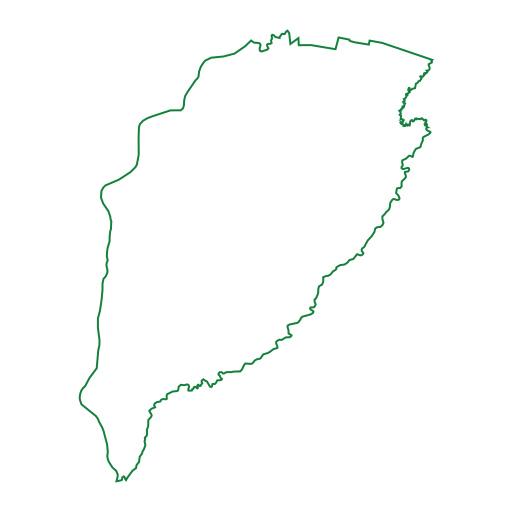 the district of Goya, Corrientes, Argentina
{"feature_id": "61730980B9171790116436", "entity_name": "Goya", "entity_type": "district", "adm_level": 2, "iso_a3": "ARG", "parent_name": "Argentina", "parent_adm1": "Corrientes", "projection": "orthographic", "projection_center": [-59.153, -29.535], "detail": "fine", "context": "isolated", "style": "outline", "palette": "green", "viewbox_px": 512, "rotation_deg": 0, "n_neighbors": 0, "source": "geoboundaries", "source_scale": "gbopen_adm2", "svg_char_len": 6001}
<svg xmlns="http://www.w3.org/2000/svg" viewBox="0 0 512 512"><path d="M427.7,127.3L426.6,126.5L427.0,124.6L426.7,124.1L426.1,125.5L425.0,125.3L424.7,124.7L424.6,124.1L425.3,123.5L425.5,121.9L426.1,121.7L426.5,120.8L426.3,120.1L425.5,119.7L423.9,120.2L421.9,118.3L421.4,118.3L420.6,119.2L417.1,118.7L416.6,119.3L416.1,119.3L415.9,118.5L415.2,118.6L413.6,121.3L412.9,121.4L412.0,120.1L411.3,120.2L410.2,121.4L409.7,125.4L409.2,125.5L408.1,124.5L407.3,124.6L407.2,125.5L406.5,125.2L406.0,124.0L404.9,126.1L403.7,125.9L404.2,125.1L401.2,123.8L400.3,122.4L400.6,122.0L402.5,122.7L403.5,120.6L403.0,120.7L402.7,119.4L401.0,119.5L401.5,119.0L400.7,118.2L401.1,115.7L399.7,114.8L400.8,113.5L400.4,112.1L400.7,110.8L399.6,111.1L399.3,110.7L401.5,109.6L401.3,109.0L402.2,108.5L402.5,106.5L403.2,106.4L403.7,107.1L404.2,106.1L403.9,105.7L405.1,103.4L403.4,102.7L403.2,101.7L404.5,101.2L404.7,100.4L403.9,99.0L405.3,98.3L406.0,97.3L406.6,96.1L406.0,94.9L406.2,93.9L406.7,93.8L406.6,95.1L407.1,95.3L407.6,94.9L407.4,93.7L409.8,92.1L409.8,91.5L409.1,91.8L408.8,91.4L408.2,89.8L408.8,88.0L409.4,87.9L409.6,88.6L409.1,88.9L409.2,89.4L409.8,89.9L410.4,89.6L411.0,89.9L412.3,88.8L415.0,88.2L415.9,83.7L417.5,82.9L418.6,81.2L420.0,80.9L420.8,79.3L421.4,78.9L421.4,78.1L420.3,76.5L420.9,76.2L422.8,76.7L425.1,74.0L424.0,73.8L424.3,73.2L426.6,72.9L427.5,71.7L426.7,70.7L428.0,70.6L429.4,69.5L429.7,68.0L428.6,64.9L428.7,64.2L431.7,62.6L432.0,62.1L431.4,60.7L432.3,59.9L382.2,42.9L369.6,40.6L368.8,44.6L355.3,42.4L350.6,41.2L349.5,40.6L349.3,39.6L338.6,37.5L335.5,49.2L311.0,45.1L298.8,45.2L298.4,38.1L290.4,44.0L289.2,33.1L287.5,30.7L286.3,31.4L284.6,34.1L282.1,33.8L281.4,34.3L281.2,35.1L279.7,36.8L279.6,38.0L275.4,37.0L273.7,35.2L272.5,34.8L271.9,35.1L271.6,35.7L272.1,38.4L271.0,40.4L271.6,43.0L270.4,43.8L268.1,43.9L267.0,44.7L267.3,46.3L268.4,48.4L267.2,49.7L261.5,51.5L260.3,51.1L259.7,49.6L259.7,48.0L260.5,45.5L260.2,43.9L258.8,43.0L254.0,42.6L251.1,40.5L245.2,46.2L234.5,53.6L223.4,56.5L211.2,57.7L205.4,60.5L203.6,62.5L200.8,66.8L199.1,71.5L198.5,76.6L197.3,78.6L195.7,80.1L187.7,91.7L185.2,96.0L184.2,100.2L183.9,105.3L183.1,108.2L180.8,110.3L170.4,110.4L152.4,116.3L147.4,118.2L143.1,120.7L139.9,124.1L139.0,127.1L138.6,136.6L138.7,154.8L136.9,164.5L135.5,167.1L130.5,172.1L118.8,179.7L105.5,185.4L103.2,187.7L101.4,191.1L101.0,197.7L103.1,203.4L108.4,211.2L110.3,216.8L110.6,219.5L111.3,221.4L110.9,229.1L110.2,231.4L109.7,235.8L109.6,241.2L107.6,248.0L107.2,250.8L106.8,255.9L107.7,260.5L106.7,262.7L106.4,265.3L107.4,269.8L107.4,272.5L105.7,276.4L103.5,278.9L102.5,283.6L102.5,290.1L101.6,299.6L100.0,310.6L97.9,318.5L97.9,327.6L99.5,340.0L99.4,345.4L98.3,350.0L96.7,368.3L89.5,377.9L85.1,386.2L83.1,388.0L81.3,390.7L80.3,393.5L79.7,396.9L79.9,399.7L81.5,404.4L96.0,416.1L97.9,418.9L99.0,421.7L102.1,427.3L103.5,430.8L107.1,444.5L107.8,451.9L107.3,455.9L107.5,457.9L108.6,461.4L112.3,467.3L116.2,470.9L117.7,474.4L117.7,476.2L116.5,481.3L121.6,480.2L122.0,479.6L122.3,477.4L123.7,476.4L124.6,477.1L125.1,478.9L126.1,480.1L127.1,478.1L132.5,470.7L136.0,468.1L136.5,465.3L138.0,463.1L139.0,462.2L139.7,456.8L142.2,453.3L142.4,451.7L143.8,449.5L145.2,445.6L145.3,444.5L144.6,441.5L145.2,438.8L144.8,438.2L144.9,437.6L146.8,435.6L147.1,432.0L146.8,430.1L148.2,426.2L148.3,420.0L151.2,416.8L151.6,415.6L151.5,414.6L149.4,411.3L149.4,410.6L151.8,408.6L155.1,407.3L154.1,405.3L154.7,403.5L156.7,402.2L160.3,401.5L160.8,400.2L161.8,399.4L163.1,399.1L166.0,399.3L166.8,398.8L166.6,395.7L167.2,394.2L172.7,391.5L176.9,391.1L177.9,390.6L178.4,389.1L178.6,386.8L180.9,384.8L184.1,385.2L187.4,384.4L188.5,385.0L189.1,386.6L188.2,389.6L188.5,390.6L191.8,390.6L192.4,389.1L193.4,388.8L193.6,387.8L194.3,386.9L195.3,386.9L197.4,388.4L197.9,387.9L197.3,385.9L197.5,385.2L198.3,384.7L199.8,386.1L200.8,385.7L200.9,384.9L202.2,383.4L202.2,382.8L201.7,382.4L201.7,380.6L203.4,379.3L205.5,380.9L207.0,381.5L210.0,386.7L211.5,386.9L211.9,386.5L212.4,384.1L215.0,383.9L216.2,382.5L217.2,380.4L220.8,380.1L221.7,379.5L221.9,378.9L220.6,377.8L219.6,375.4L218.9,375.1L218.5,374.2L218.6,373.3L219.8,372.2L221.7,372.2L223.1,373.5L223.9,373.5L226.5,372.1L231.4,372.1L233.6,371.6L240.3,371.4L242.1,369.2L244.1,365.0L245.3,363.5L250.9,363.9L252.5,363.3L254.9,360.4L256.9,359.3L259.9,358.7L260.8,358.0L263.2,354.4L267.3,353.2L270.2,351.7L273.1,349.3L277.4,347.9L277.3,346.3L276.1,343.1L276.2,341.8L276.8,341.2L279.1,339.7L281.7,339.9L285.8,337.4L289.9,337.2L291.3,336.0L291.5,335.2L288.6,333.5L288.5,330.2L287.6,327.3L287.6,325.7L289.6,324.5L297.6,322.8L298.6,321.9L300.5,319.4L300.8,318.2L302.3,316.7L310.7,314.4L313.2,312.7L313.4,311.3L310.6,309.5L310.1,308.8L310.2,308.0L310.6,307.4L313.3,307.4L314.4,306.9L315.7,304.5L314.6,301.7L314.6,299.4L316.0,298.4L317.6,294.6L318.2,292.8L318.3,288.8L318.8,287.0L319.3,286.1L322.0,284.6L322.9,282.6L323.3,281.0L323.2,277.2L326.8,275.8L328.0,275.9L330.5,274.5L332.8,271.6L335.7,269.7L336.3,268.9L336.3,267.5L336.9,266.9L340.2,265.1L344.6,264.5L347.7,262.4L349.2,260.2L353.4,258.9L357.1,254.2L360.1,255.3L361.7,255.2L362.6,254.5L363.4,253.3L361.8,251.0L361.6,250.2L362.0,248.6L364.1,247.1L367.7,240.5L371.6,236.3L374.4,232.0L375.2,228.6L377.2,227.2L380.3,227.0L382.5,225.1L383.5,222.7L382.4,219.2L382.4,216.4L385.1,213.7L386.0,212.3L388.9,209.7L390.0,206.7L390.2,203.0L392.2,199.9L393.0,199.2L394.0,199.0L396.5,199.9L398.6,199.8L399.3,199.1L399.5,198.1L398.4,195.5L396.4,193.5L396.1,192.6L396.9,188.6L397.6,188.2L400.2,188.0L401.3,186.8L401.7,186.1L401.5,183.5L401.9,181.2L404.7,178.7L405.9,177.1L405.7,174.9L404.8,173.4L405.0,171.9L408.0,171.5L408.9,170.3L409.2,169.5L409.1,168.7L408.5,168.0L407.7,167.9L403.0,169.1L401.5,168.0L401.6,166.9L402.5,165.9L402.8,164.9L402.0,162.1L402.4,160.3L405.9,158.7L409.2,155.7L410.5,155.9L412.2,156.9L412.8,156.7L413.6,152.8L415.3,149.8L416.0,148.9L420.4,147.1L421.3,143.9L422.9,140.3L422.7,138.6L423.0,137.6L423.8,136.8L428.6,134.4L430.4,132.7L430.4,132.0L426.9,130.2L426.2,129.2L426.6,127.4L427.7,127.3Z" fill="none" stroke="#15803d" stroke-width="2"/></svg>